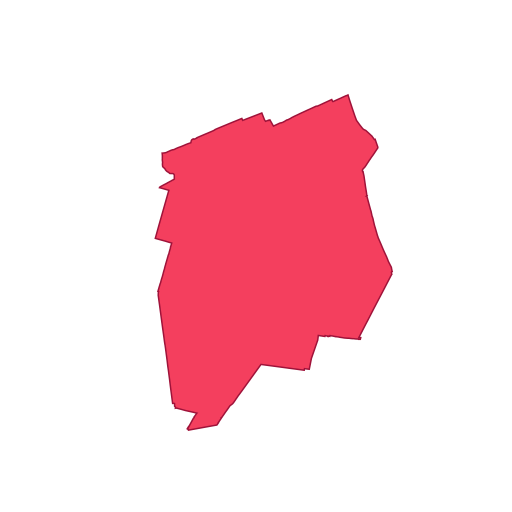 Zoetermeer, Zuid-Holland, Netherlands (orthographic projection), rotated 298°
{"feature_id": "6326949B3936656159813", "entity_name": "Zoetermeer", "entity_type": "district", "adm_level": 2, "iso_a3": "NLD", "parent_name": "Netherlands", "parent_adm1": "Zuid-Holland", "projection": "orthographic", "projection_center": [4.49, 52.062], "detail": "fine", "context": "isolated", "style": "filled", "palette": "rose", "viewbox_px": 512, "rotation_deg": 298, "n_neighbors": 0, "source": "geoboundaries", "source_scale": "gbopen_adm2", "svg_char_len": 5730}
<svg xmlns="http://www.w3.org/2000/svg" viewBox="0 0 512 512"><g transform="rotate(298 256 256)"><path d="M370.8,178.9L366.8,175.6L361.9,171.5L358.0,168.3L350.6,162.2L349.7,161.5L348.7,160.7L348.3,160.4L347.9,160.4L346.5,159.4L345.1,158.3L341.0,155.0L340.3,154.4L334.1,149.4L332.7,148.3L332.6,148.2L332.4,148.2L332.3,148.3L329.9,146.4L330.0,145.7L329.4,145.2L328.3,144.7L328.0,144.7L327.7,144.8L327.4,144.7L325.4,145.3L323.3,143.3L321.1,141.4L320.4,140.9L317.6,138.6L315.3,136.5L313.8,135.3L313.3,134.9L313.0,134.7L312.5,134.3L312.1,134.1L311.9,134.0L311.4,133.5L311.0,133.0L310.6,132.5L310.4,132.2L310.1,132.0L309.4,131.3L307.4,129.8L306.7,129.2L305.4,128.3L305.1,128.0L304.7,127.6L304.3,127.1L304.2,126.9L304.0,126.7L303.2,125.5L302.8,124.8L300.5,126.3L300.2,126.4L300.0,126.6L299.6,126.8L298.9,127.1L298.4,127.4L297.6,127.8L297.1,128.0L296.8,128.2L296.0,128.7L295.5,129.1L295.0,129.5L294.7,129.6L293.8,130.0L293.5,130.1L293.2,130.3L292.9,130.4L292.6,130.6L292.3,130.8L291.3,131.5L291.2,131.6L291.1,131.8L290.9,132.2L290.7,132.8L290.6,133.5L290.5,133.8L290.4,134.1L290.4,134.3L290.2,134.7L289.5,135.7L289.5,135.9L289.4,136.1L289.2,136.6L289.0,137.1L289.0,137.3L288.9,137.6L288.8,138.3L288.8,138.5L288.8,139.1L288.8,139.4L288.8,139.6L288.7,139.9L288.6,140.4L288.4,141.0L288.5,141.5L289.0,142.4L289.2,142.9L289.7,143.8L289.8,144.1L289.8,144.4L289.8,144.6L289.6,145.2L289.5,145.4L289.4,145.5L289.2,145.8L287.7,146.6L285.5,147.8L279.2,143.6L278.7,143.3L278.3,143.1L275.6,141.2L272.7,139.3L272.4,139.1L271.8,138.8L271.6,138.7L271.4,138.6L271.0,138.7L271.1,138.9L273.1,148.2L253.6,152.4L236.9,156.0L224.3,158.8L224.7,160.7L226.6,169.2L227.0,171.4L227.9,175.5L227.1,175.7L225.8,175.9L225.1,176.1L224.2,176.2L223.8,176.3L222.8,176.7L222.4,176.8L221.6,177.0L221.3,177.0L221.0,177.1L220.7,177.1L220.0,177.3L219.0,177.5L217.9,177.8L217.1,178.0L216.9,178.0L216.7,178.1L215.7,178.1L214.4,178.4L214.0,178.5L213.5,178.6L212.8,178.7L212.6,178.8L212.2,178.9L211.5,179.0L210.6,179.2L209.6,179.4L208.2,179.7L207.8,179.8L206.6,180.0L206.0,180.2L205.6,180.3L204.5,180.5L202.7,180.9L202.4,181.0L202.0,181.1L201.6,181.3L201.3,181.3L200.1,181.5L198.7,181.8L195.9,182.5L193.2,183.1L192.4,183.2L191.6,183.4L191.3,183.4L191.0,183.5L190.0,183.7L187.9,184.2L187.5,184.3L186.5,184.4L178.7,186.0L178.8,186.6L178.7,186.6L177.7,187.0L175.4,188.1L167.8,193.6L148.4,207.5L141.1,212.8L137.7,215.2L135.3,217.0L134.7,217.5L131.4,219.9L130.5,220.5L129.7,221.1L121.7,226.8L117.5,229.7L115.3,231.3L114.1,232.2L106.2,237.8L98.9,242.9L86.7,251.6L87.3,252.6L87.5,253.3L85.1,254.7L85.1,254.9L85.1,255.0L84.9,255.4L84.8,255.6L84.7,255.7L84.6,255.9L84.4,256.0L84.1,256.2L83.8,256.3L84.0,256.5L84.4,257.3L85.2,260.6L85.9,263.7L86.4,266.1L88.5,273.6L89.1,276.0L89.5,277.5L89.2,277.4L89.1,277.5L86.7,277.2L84.8,276.9L84.7,277.0L84.3,277.3L83.5,276.9L72.6,276.8L72.9,276.5L71.1,276.4L71.0,278.0L70.6,278.2L79.6,289.6L82.2,292.9L88.4,300.8L90.9,301.1L90.9,300.9L93.6,301.2L96.6,301.5L96.9,301.2L97.0,301.3L97.4,301.6L98.6,301.7L100.1,301.9L100.9,302.0L103.6,302.3L104.4,302.4L106.3,302.7L111.5,303.3L114.5,304.7L115.1,304.8L115.8,305.0L124.1,305.9L130.0,306.8L141.6,308.4L162.6,311.3L177.8,352.2L179.3,351.7L181.0,356.2L191.6,353.0L210.7,350.0L215.1,348.3L217.3,354.6L218.2,354.4L218.5,355.5L218.9,356.8L219.0,357.1L218.7,357.2L218.9,357.7L219.3,357.6L219.6,358.5L219.7,358.9L220.5,358.7L221.0,360.4L221.1,360.7L221.3,361.1L221.4,361.4L222.2,364.4L222.4,364.4L222.8,365.7L223.0,366.2L223.3,367.1L223.6,368.2L224.4,370.4L224.9,371.9L225.1,372.5L226.6,375.9L227.0,376.6L227.5,378.0L228.3,380.0L228.8,380.9L229.5,382.8L230.0,383.9L230.8,385.5L230.6,385.7L231.4,387.2L233.1,386.8L232.4,385.1L247.2,384.9L251.6,384.9L265.5,384.7L282.9,384.6L303.4,384.4L303.5,384.5L305.3,383.1L306.2,383.6L306.7,383.1L309.3,381.0L309.5,380.9L309.6,380.7L309.8,380.5L309.9,380.4L310.9,378.9L312.1,377.2L313.0,375.9L313.4,375.4L313.6,375.1L313.9,374.8L314.7,373.9L315.3,373.2L315.7,372.7L316.4,371.9L319.8,367.4L320.5,366.5L321.6,365.1L322.9,363.5L323.8,362.4L326.0,359.7L326.8,358.7L327.5,357.8L329.1,355.8L329.3,355.5L330.1,354.7L330.5,354.3L331.1,353.6L336.5,348.4L338.6,346.3L341.9,343.4L343.1,342.4L343.7,341.9L344.0,341.6L344.4,341.2L345.1,340.5L345.5,340.0L346.0,339.5L349.7,336.4L350.1,335.9L350.3,335.7L353.5,332.7L359.7,326.9L360.5,326.2L360.8,325.9L360.9,325.7L361.2,325.7L361.0,325.4L361.4,325.5L363.5,324.0L365.0,322.9L365.9,322.2L367.2,321.2L368.8,320.0L370.2,319.0L377.3,313.8L379.2,312.2L380.8,310.9L380.6,310.5L381.1,310.1L381.5,309.8L381.7,309.7L381.8,309.6L382.0,309.6L382.3,309.6L382.6,309.6L382.8,309.6L383.2,309.7L385.1,310.2L385.4,310.3L385.8,310.4L387.7,310.6L388.5,310.7L390.2,310.8L391.9,311.0L393.3,311.1L393.9,311.1L394.3,311.2L394.7,311.3L396.0,311.4L397.9,311.6L399.7,311.9L402.4,312.2L406.6,312.6L408.4,312.8L408.6,312.8L408.7,312.7L409.0,312.6L409.3,312.5L409.4,312.4L413.1,308.4L415.0,306.4L414.4,305.9L416.4,301.8L416.5,301.2L417.5,297.5L418.3,294.4L418.4,293.9L418.3,291.8L418.4,291.0L418.5,290.7L418.6,290.4L419.0,289.4L419.3,288.7L420.4,286.2L422.8,281.3L422.9,281.1L425.9,277.7L430.6,272.7L437.3,265.7L441.4,261.6L440.1,260.7L440.0,260.4L428.6,251.6L428.4,251.2L429.7,249.4L417.9,240.4L417.0,239.7L416.6,238.8L404.0,229.2L402.9,228.4L402.7,228.2L401.7,227.5L399.8,226.1L397.3,224.2L396.1,223.4L395.9,223.2L395.0,222.6L393.6,221.8L393.3,221.6L391.9,220.6L391.6,220.4L391.4,220.3L391.3,220.2L391.2,220.0L390.5,219.3L390.4,219.2L390.2,219.1L388.3,218.0L387.8,217.7L387.3,217.3L386.9,217.1L386.3,216.6L385.8,216.1L385.7,216.0L385.4,215.7L385.2,215.4L384.9,215.0L384.7,214.8L384.6,214.7L381.8,212.6L378.9,210.4L382.7,204.4L381.8,203.8L382.0,203.5L379.4,201.2L380.2,199.6L385.0,194.0L369.5,180.6L370.8,178.9Z" fill="#f43f5e" stroke="#9f1239" stroke-width="1.5"/></g></svg>